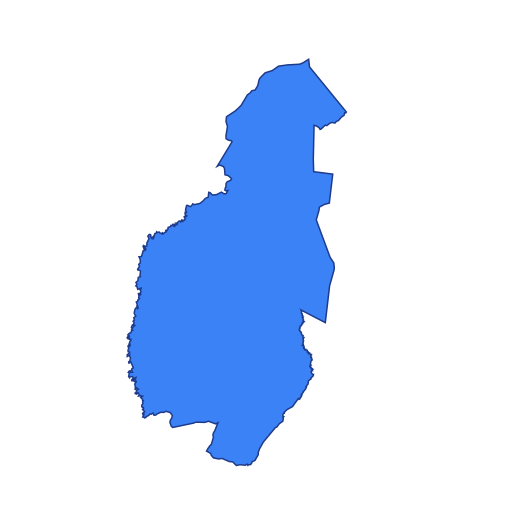 Manyinga, North-Western, Zambia (Equal Earth projection), rotated 207°
{"feature_id": "96606910B15136159078795", "entity_name": "Manyinga", "entity_type": "district", "adm_level": 2, "iso_a3": "ZMB", "parent_name": "Zambia", "parent_adm1": "North-Western", "projection": "equal_earth", "projection_center": [24.317, -13.081], "detail": "fine", "context": "isolated", "style": "filled", "palette": "blue", "viewbox_px": 512, "rotation_deg": 207, "n_neighbors": 0, "source": "geoboundaries", "source_scale": "gbopen_adm2", "svg_char_len": 6055}
<svg xmlns="http://www.w3.org/2000/svg" viewBox="0 0 512 512"><g transform="rotate(207 256 256)"><path d="M240.9,424.3L240.9,425.3L294.2,448.8L298.4,455.2L301.8,449.5L304.2,446.7L314.8,440.5L322.1,435.4L325.7,428.6L331.0,423.4L333.1,417.0L333.3,414.6L331.8,408.7L332.1,403.6L334.8,401.2L335.3,398.6L336.8,395.6L337.6,383.6L338.8,379.8L340.5,375.5L345.5,366.7L343.8,362.2L340.2,358.4L337.4,349.6L335.9,346.9L333.4,346.7L330.2,347.5L329.2,346.9L331.3,318.3L329.7,320.6L325.7,320.9L323.8,319.7L320.5,314.3L317.3,315.0L312.9,313.8L313.0,311.9L315.3,309.1L315.6,307.1L314.0,303.4L314.3,302.7L313.6,300.5L312.1,300.5L310.8,301.6L310.9,298.5L311.2,297.7L312.8,296.9L315.8,297.2L319.1,292.7L321.9,290.9L323.2,290.7L325.5,291.6L327.0,291.3L325.3,286.7L327.3,284.3L328.2,280.9L329.9,277.3L334.4,273.7L335.9,273.8L336.4,271.1L337.1,270.1L339.8,270.1L340.8,269.5L339.7,265.0L338.0,263.7L338.8,263.1L338.1,262.5L338.7,262.0L337.6,260.4L335.8,260.3L336.4,259.0L337.3,259.0L337.8,258.2L335.9,257.0L336.1,255.2L337.2,254.9L336.8,254.3L337.2,253.4L338.4,254.0L338.2,253.0L338.7,252.2L339.1,252.8L340.4,252.3L341.0,250.7L340.6,248.0L341.0,247.9L341.7,249.3L342.4,248.8L341.4,248.5L342.1,246.5L341.9,245.4L342.6,245.2L343.1,246.8L343.5,246.3L344.2,246.7L344.6,246.4L344.6,244.8L345.7,244.6L345.5,243.4L347.3,241.6L346.6,240.1L347.1,239.6L346.8,238.3L348.0,237.8L347.1,236.7L348.2,235.3L348.7,233.4L349.2,233.1L349.9,234.1L350.5,233.2L351.7,232.8L353.2,233.4L354.4,232.3L355.5,232.5L355.3,231.0L356.2,230.2L356.1,227.4L356.6,226.1L355.6,226.7L355.4,224.6L357.0,224.3L357.5,225.1L358.9,225.4L358.8,226.2L359.6,227.1L360.9,226.8L361.4,224.6L359.2,222.8L359.2,218.2L357.8,215.3L358.8,214.5L359.1,213.2L359.7,214.3L361.0,214.3L361.1,213.5L358.7,211.2L358.6,213.0L357.2,212.0L357.4,210.6L358.9,209.5L357.8,203.6L359.9,202.2L357.6,200.3L356.0,197.5L356.7,195.3L355.1,193.7L355.5,190.5L355.0,189.9L353.2,190.5L351.9,189.9L350.5,185.8L349.6,185.1L351.2,183.5L350.0,180.3L351.0,178.0L349.2,176.5L349.5,174.8L348.5,174.9L346.2,172.6L343.7,175.3L343.5,174.8L344.4,173.5L342.7,172.5L342.2,171.4L342.4,169.8L341.3,169.5L341.7,168.6L343.0,169.7L343.7,169.1L342.0,167.0L341.6,165.6L340.6,165.3L341.3,163.3L340.9,162.0L341.8,160.6L339.8,159.0L339.5,157.3L338.5,157.3L337.4,156.2L337.6,155.3L338.8,155.9L339.7,154.6L339.0,150.9L338.3,149.4L335.8,147.8L336.9,145.5L335.3,143.7L335.9,142.1L334.5,141.3L333.9,139.4L332.4,139.0L333.1,138.0L334.2,139.2L334.8,138.5L334.7,136.0L333.2,136.2L333.7,134.3L332.2,133.9L333.0,133.0L332.7,130.6L333.7,129.9L334.4,127.7L333.7,126.8L333.0,127.5L332.5,127.1L333.6,125.8L333.7,124.6L332.5,124.2L332.2,125.9L331.0,124.3L329.6,125.0L329.1,123.6L329.6,122.9L329.1,119.9L328.1,120.2L327.4,118.8L327.6,118.1L328.9,118.7L329.2,117.6L327.5,116.0L327.3,114.0L326.5,112.7L325.0,113.1L324.7,112.5L325.9,109.5L325.1,108.0L323.6,110.4L323.2,109.3L321.6,108.3L320.8,105.2L321.4,103.8L320.6,102.9L319.4,104.7L314.5,100.7L315.4,99.4L315.2,97.9L313.2,96.4L315.1,95.4L316.0,96.5L316.7,96.1L317.0,94.3L315.7,94.2L314.8,90.8L313.4,90.1L313.5,91.1L311.4,92.5L309.4,91.3L307.8,93.2L307.5,91.1L309.0,89.6L310.2,90.7L310.5,88.9L310.1,88.5L308.4,89.2L306.2,89.0L306.1,90.0L305.6,89.8L305.9,86.8L304.1,84.7L303.2,82.4L302.6,82.8L303.1,83.8L302.8,84.3L300.3,84.0L301.5,81.9L300.7,79.9L301.5,79.1L301.2,78.6L299.5,78.8L299.6,80.3L299.1,80.7L296.9,79.3L297.1,77.9L295.0,79.3L293.4,79.6L294.5,77.6L292.0,76.7L291.5,75.8L290.7,75.9L290.8,74.5L289.7,73.1L290.1,71.6L289.4,69.9L288.2,69.4L287.5,69.9L286.8,68.6L287.3,67.7L284.5,66.8L285.6,64.4L285.0,63.7L284.7,64.4L283.9,64.3L283.8,61.1L282.6,61.6L281.9,61.1L280.8,62.1L280.9,63.0L279.2,65.3L278.8,66.9L277.4,67.6L276.5,69.3L274.5,67.8L272.9,69.0L272.7,70.0L269.8,73.6L267.3,74.7L265.7,76.7L261.5,77.6L258.1,75.9L257.5,73.5L257.7,70.4L257.2,68.7L254.3,65.9L252.4,65.4L235.6,78.9L234.4,80.5L226.1,84.5L223.3,87.2L215.7,88.1L214.2,90.2L213.4,81.7L213.6,79.4L213.3,77.4L211.6,74.9L210.3,67.9L211.2,65.2L210.9,64.5L211.4,63.2L211.5,59.7L206.8,59.5L205.3,58.1L202.3,56.8L197.2,58.2L194.3,60.2L186.5,60.7L183.2,62.0L178.4,60.4L175.6,62.7L170.4,64.8L169.6,66.5L168.2,65.8L168.1,66.5L166.1,67.7L165.8,69.9L166.2,70.8L164.1,73.4L163.8,80.1L164.8,81.9L165.3,85.7L165.0,93.5L160.8,112.1L159.8,113.1L159.1,117.2L157.1,120.9L157.8,123.4L158.6,123.9L158.3,125.5L159.2,125.4L160.1,127.0L159.9,128.7L159.4,128.8L159.7,130.2L158.6,133.2L155.1,138.4L153.7,147.7L153.0,148.5L152.5,147.9L152.1,148.5L152.5,149.1L152.1,149.2L151.8,151.5L152.0,152.6L152.3,152.2L152.7,153.1L152.0,156.2L152.4,156.5L151.7,158.2L151.4,161.4L152.1,162.1L151.7,162.4L152.0,163.7L151.5,165.4L152.6,168.7L151.2,171.5L151.7,172.1L150.6,175.2L151.0,176.6L152.0,176.2L154.1,177.4L154.5,179.0L153.7,179.4L154.2,179.8L154.0,180.4L154.5,180.2L154.5,181.0L156.0,180.9L156.4,181.2L155.8,181.4L157.0,181.7L157.3,182.7L157.9,182.3L158.1,183.2L157.6,183.8L158.2,183.9L159.3,187.1L158.8,188.9L159.5,189.7L160.1,189.6L160.4,190.6L161.1,190.6L161.7,191.7L161.4,192.0L162.5,192.6L162.2,193.3L163.0,193.1L164.0,193.8L164.5,193.2L164.6,193.9L165.5,193.7L165.5,194.2L165.7,193.7L166.1,194.3L166.7,193.8L167.6,195.3L169.3,194.7L169.4,195.3L170.3,194.8L171.2,195.9L171.6,195.6L172.1,197.1L172.5,196.7L173.5,198.3L174.1,197.8L173.9,199.0L174.5,199.3L175.1,202.0L176.2,202.9L176.3,205.0L177.1,204.6L177.9,206.5L179.4,206.6L181.4,208.8L182.5,208.7L183.0,209.4L183.3,208.9L183.2,209.6L184.2,210.1L183.9,211.3L184.6,212.1L184.2,213.2L184.8,213.6L183.9,214.9L184.4,216.3L183.7,216.8L183.9,217.8L183.3,217.7L183.7,218.0L183.5,218.8L183.9,218.7L183.4,219.5L184.6,219.6L184.6,220.6L186.0,221.6L186.1,222.9L186.9,222.6L187.4,224.3L188.4,224.4L188.5,225.3L189.9,226.1L190.3,227.6L191.3,228.3L164.0,228.1L176.9,262.9L180.2,279.4L181.1,281.4L183.5,285.1L189.4,288.5L218.7,315.5L220.5,324.9L221.7,328.4L218.4,333.1L214.7,336.4L224.8,363.8L242.9,357.3L248.9,368.3L263.6,398.8L260.7,399.3L257.6,398.8L256.4,397.9L255.8,398.3L253.8,403.9L252.1,404.4L250.2,408.3L248.8,409.5L246.0,410.3L245.5,412.4L244.0,414.1L243.0,418.5L241.4,421.3L242.0,423.8L240.9,424.3Z" fill="#3b82f6" stroke="#1e3a8a" stroke-width="1.5"/></g></svg>